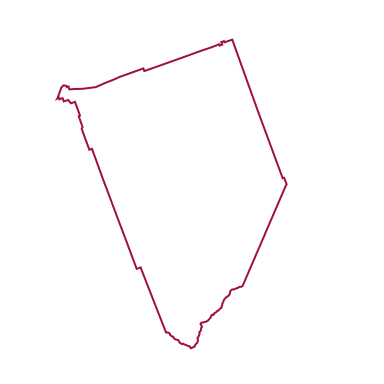 San Bernardino, California, United States of America (orthographic projection), rotated 69°
{"feature_id": "52423323B23069932539838", "entity_name": "San Bernardino", "entity_type": "district", "adm_level": 2, "iso_a3": "USA", "parent_name": "United States of America", "parent_adm1": "California", "projection": "orthographic", "projection_center": [-115.127, 34.84], "detail": "fine", "context": "isolated", "style": "outline", "palette": "rose", "viewbox_px": 384, "rotation_deg": 69, "n_neighbors": 0, "source": "geoboundaries", "source_scale": "gbopen_adm2", "svg_char_len": 3591}
<svg xmlns="http://www.w3.org/2000/svg" viewBox="0 0 384 384"><g transform="rotate(69 192 192)"><path d="M297.7,178.3L284.3,165.2L284.2,165.1L274.8,155.9L274.7,155.9L273.4,154.6L265.5,146.8L261.2,142.7L260.9,142.3L259.1,140.6L257.5,139.0L257.4,139.0L256.4,138.0L256.3,137.9L247.7,129.5L245.2,127.0L240.3,122.3L238.4,120.4L238.2,120.2L237.4,119.4L237.2,119.3L236.7,118.7L229.9,112.1L220.2,102.6L220.1,102.4L218.5,101.0L218.5,100.9L211.7,100.9L211.6,102.4L140.5,101.5L64.2,99.8L63.9,108.1L62.6,108.1L62.5,110.9L65.3,111.0L65.2,113.7L63.8,113.7L63.9,122.1L63.4,132.9L63.1,149.9L62.7,166.8L62.0,193.2L59.2,193.1L58.9,207.2L58.6,218.4L59.0,224.1L59.1,233.9L59.2,236.8L59.3,237.3L59.4,239.4L59.6,244.2L58.7,248.0L58.0,250.8L56.8,255.9L56.7,256.2L55.4,260.2L54.5,262.7L53.9,264.2L52.3,269.7L51.1,269.8L49.4,269.4L49.3,269.8L49.3,271.2L47.9,271.2L46.4,273.9L47.9,276.8L55.9,283.6L56.4,284.2L56.2,282.5L57.9,282.6L58.0,279.2L61.5,279.2L61.7,274.7L65.8,273.2L65.9,270.3L65.9,268.9L68.6,269.0L80.5,269.2L80.7,270.6L80.8,270.6L88.7,270.8L92.3,270.9L93.3,272.3L100.6,272.5L101.9,272.5L115.8,272.7L115.8,269.9L132.5,270.2L149.0,270.5L165.8,270.6L190.9,270.8L214.0,270.9L243.9,271.2L244.0,267.0L251.0,267.0L313.9,266.6L314.0,265.9L314.4,265.4L314.6,264.9L315.0,264.3L315.4,263.9L315.7,263.7L316.2,263.5L316.5,263.5L317.4,263.7L318.3,263.1L319.1,262.9L319.3,262.8L319.8,262.4L320.1,261.7L320.4,261.4L320.8,261.3L321.7,261.3L322.6,261.1L322.9,260.9L323.6,260.3L325.1,258.2L325.5,257.8L326.5,257.7L327.1,257.8L328.2,257.5L329.0,256.9L329.2,256.6L330.1,256.2L330.3,256.0L330.5,255.5L330.4,254.8L330.4,254.6L330.6,254.5L331.2,254.1L331.5,253.8L331.8,253.5L333.1,252.0L334.1,251.1L334.3,250.9L334.4,250.6L334.5,250.4L335.1,250.1L335.3,249.8L335.3,249.6L335.4,249.4L335.6,249.3L335.8,249.3L336.1,249.3L336.6,249.2L336.8,249.2L337.2,249.2L337.4,249.0L337.6,248.8L337.6,248.5L337.5,248.3L337.4,247.8L337.4,247.5L337.4,247.1L337.2,246.4L337.1,245.7L337.3,245.2L337.2,245.0L337.0,244.7L335.7,243.6L334.8,241.5L334.5,241.0L334.1,240.6L333.8,240.3L333.5,240.1L333.0,240.0L332.3,239.5L331.2,239.4L330.2,239.1L329.9,238.8L329.6,238.0L328.7,237.2L328.4,236.9L328.1,236.8L327.2,235.7L326.9,235.6L325.9,235.5L325.4,235.3L325.3,235.2L325.1,235.0L325.0,234.8L325.0,234.1L324.8,233.8L324.3,233.3L323.4,232.7L322.8,232.4L322.3,232.3L321.9,231.5L321.7,231.2L321.2,230.9L319.9,231.1L319.3,231.3L318.5,231.4L318.3,231.3L318.1,231.1L317.5,230.3L317.4,230.1L317.4,229.9L317.7,229.1L317.8,228.6L317.9,228.4L317.7,227.4L317.8,226.7L317.9,226.4L318.1,225.6L318.1,224.7L317.9,223.5L317.2,222.2L315.9,219.6L314.6,218.6L314.0,217.5L314.0,217.1L313.9,217.0L314.2,216.8L314.3,216.7L314.4,215.7L314.0,215.3L313.2,214.7L313.0,213.9L313.0,213.7L313.1,213.1L313.0,212.7L312.8,212.3L312.4,211.8L312.2,211.6L312.2,211.3L312.1,211.1L312.2,210.6L312.2,210.4L312.1,210.2L312.0,209.9L311.9,209.8L311.9,209.5L311.8,209.3L311.4,208.5L311.1,208.0L310.9,207.0L310.8,206.5L310.7,206.1L310.6,205.9L310.4,205.9L310.2,205.8L309.8,205.7L309.4,205.4L309.1,204.8L309.0,204.7L308.7,204.5L308.1,204.2L307.5,204.0L307.0,203.7L306.7,203.3L306.6,203.0L306.3,202.7L306.0,202.3L305.2,201.7L304.6,201.3L304.2,200.8L303.7,200.2L302.7,198.2L302.4,197.1L302.3,196.2L301.9,195.2L301.5,194.2L301.0,193.7L300.4,193.1L300.1,192.9L298.9,192.2L298.5,191.9L298.0,191.3L297.7,190.7L297.5,189.5L297.5,189.1L297.6,188.6L298.0,187.4L298.0,187.0L297.8,186.1L297.8,185.7L297.8,185.2L298.0,184.4L298.0,184.0L298.0,183.8L297.9,183.2L297.6,182.4L297.6,181.9L297.6,181.5L298.0,180.4L298.1,179.8L298.1,179.3L298.0,179.0L297.7,178.3Z" fill="none" stroke="#9f1239" stroke-width="2"/></g></svg>